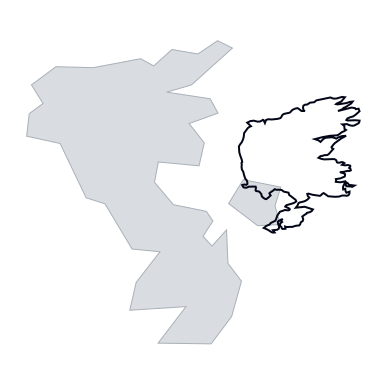 Ireland highlighted among its neighbors, rotated 181°
{"feature_id": "IRL", "entity_name": "Ireland", "entity_type": "country or territory", "adm_level": 0, "iso_a3": "IRL", "parent_name": "Europe", "parent_adm1": "", "projection": "natural_earth1", "projection_center": [-8.443, 53.42], "detail": "fine", "context": "with_neighbors", "style": "outline", "palette": "ink", "viewbox_px": 384, "rotation_deg": 181, "n_neighbors": 1, "source": "natural_earth", "source_scale": "50m", "svg_char_len": 4376}
<svg xmlns="http://www.w3.org/2000/svg" viewBox="0 0 384 384"><g transform="rotate(181 192 192)"><path d="M140.9,205.2L103.3,198.4L108.8,179.7L103.1,161.0L125.8,159.5L155.2,181.1L140.9,205.2ZM226.2,221.4L229.7,201.1L210.4,179.0L177.3,172.9L170.6,163.4L180.2,147.9L171.1,138.3L156.8,154.7L154.8,121.3L141.0,103.7L150.2,68.2L170.3,40.5L223.3,40.3L196.0,77.3L252.2,72.7L246.2,100.7L223.0,131.7L250.9,133.9L278.8,178.7L297.7,184.3L324.7,238.2L358.3,244.9L356.1,267.5L342.5,277.9L354.4,296.3L330.2,314.9L292.9,314.6L245.7,324.4L232.5,317.4L214.5,334.1L188.5,330.1L169.1,343.7L154.1,336.6L194.4,299.1L219.1,291.4L175.4,285.5L167.4,271.3L196.1,260.4L180.6,241.3L185.4,218.3L226.2,221.4Z" fill="#d9dde1" stroke="#a8b0b8" stroke-width="1"/><path d="M112.7,162.4L108.4,164.6L107.8,165.4L106.6,168.9L106.4,169.8L105.1,171.7L103.8,173.7L102.2,174.4L100.0,175.1L98.7,175.7L97.1,175.4L95.0,175.4L94.0,176.1L94.0,176.6L94.6,177.2L96.4,178.1L98.5,179.0L98.2,179.7L97.2,180.5L90.4,182.6L88.3,183.8L87.6,184.6L88.3,186.0L93.8,190.1L94.7,190.6L95.5,193.0L100.3,194.0L102.3,195.5L104.0,195.8L107.7,195.7L109.2,196.3L110.0,195.8L110.5,195.1L113.6,193.0L114.6,192.1L114.0,190.9L113.3,190.0L115.2,188.1L117.5,186.2L118.6,186.3L120.6,187.4L122.2,189.0L122.4,190.2L122.7,191.1L124.2,193.0L125.2,193.7L127.9,194.1L128.5,194.8L128.1,197.6L128.5,198.5L131.2,198.5L134.2,198.3L135.2,198.4L136.3,197.8L137.9,197.2L140.2,197.4L141.4,198.6L141.9,199.9L139.9,200.4L137.8,200.1L136.8,201.0L136.8,202.6L137.5,204.7L138.9,206.1L140.1,209.4L141.1,213.1L142.5,215.4L142.9,218.1L142.7,219.5L143.0,221.9L142.3,222.8L142.8,225.1L144.6,229.8L145.4,232.5L145.9,238.3L144.8,240.4L143.2,242.5L142.1,244.9L141.3,247.6L140.9,251.8L137.4,256.8L135.9,258.0L134.2,258.8L138.0,262.3L134.9,263.9L131.5,264.4L127.7,263.5L125.4,263.6L123.3,264.7L122.4,265.4L121.7,265.1L120.3,262.2L119.3,265.2L117.1,266.1L113.4,265.9L107.2,266.7L104.8,267.5L103.8,268.9L103.1,270.4L102.1,271.3L101.0,271.8L96.2,272.9L95.3,273.3L93.1,275.8L90.2,277.2L87.8,277.7L85.6,276.2L84.7,275.4L83.7,274.9L80.4,275.0L81.5,275.4L82.1,276.4L82.5,278.4L82.1,280.3L80.5,281.3L78.5,281.4L75.5,283.4L71.4,283.9L69.2,285.8L55.8,288.8L55.0,288.9L53.2,288.1L51.2,287.8L49.2,288.0L43.6,289.7L40.8,289.4L44.3,285.1L49.0,282.9L49.5,282.4L48.0,282.1L39.1,283.6L36.0,284.8L33.0,285.2L34.4,283.3L38.4,280.6L40.5,279.3L41.8,278.8L43.3,277.3L47.5,275.5L34.0,279.2L30.5,278.7L29.7,277.7L26.9,278.2L25.9,275.7L30.0,271.9L32.4,270.3L35.2,269.5L37.9,268.2L38.9,266.7L37.7,266.2L29.6,266.6L25.7,266.3L25.9,265.0L26.6,263.7L30.7,261.4L32.8,261.0L34.8,261.3L36.7,261.9L38.2,262.6L42.8,262.2L40.9,260.7L40.6,257.7L39.1,256.7L41.0,255.4L43.1,254.5L46.7,251.7L48.0,251.2L55.0,250.6L62.6,249.1L70.1,247.0L66.3,245.8L64.4,244.3L61.5,247.4L59.3,248.6L53.3,249.2L51.4,248.9L48.7,247.9L47.9,248.3L47.1,249.0L43.1,250.5L38.9,250.9L43.8,248.1L50.0,243.4L51.4,241.9L53.3,239.3L52.7,238.2L51.5,237.5L56.0,232.2L57.5,231.3L60.4,231.1L62.5,230.3L63.4,230.3L64.3,230.0L66.1,228.4L63.3,227.4L60.4,226.9L51.3,227.4L50.1,227.3L49.0,226.8L48.2,226.1L47.7,224.3L47.0,223.9L45.0,223.9L43.0,224.5L41.6,224.4L40.2,223.6L42.4,221.8L39.6,221.3L36.7,221.7L34.3,221.1L34.2,220.0L35.3,218.8L33.9,217.8L33.6,216.4L35.2,215.7L36.8,215.9L40.2,214.9L44.5,214.4L40.8,213.4L39.3,212.5L39.3,211.2L39.6,210.1L43.9,208.2L48.4,207.4L48.1,206.1L48.4,204.7L43.8,204.3L39.3,205.3L39.8,202.7L40.9,200.4L41.1,198.8L40.9,197.2L38.8,197.9L38.5,195.6L37.6,194.0L34.5,195.1L34.6,193.0L35.5,191.5L37.2,190.9L38.8,191.1L41.8,191.1L44.8,190.0L49.0,189.7L55.7,190.1L60.3,193.2L61.5,192.6L63.4,190.7L64.2,190.4L71.2,191.3L75.5,192.4L76.7,192.1L76.1,189.9L74.6,188.4L76.5,186.4L78.7,185.0L80.3,184.4L83.8,183.5L85.3,182.8L86.3,180.2L87.9,178.1L79.1,179.2L70.8,176.7L72.1,174.9L73.9,173.9L76.9,173.1L77.2,172.2L78.7,171.4L81.3,169.4L80.3,166.8L80.8,164.9L82.7,163.6L83.2,161.8L84.1,160.5L87.8,160.0L91.3,158.8L92.6,158.9L96.8,158.6L98.3,159.1L97.9,156.9L100.5,156.6L101.5,157.1L102.0,158.6L103.2,159.6L103.5,161.3L102.7,162.6L101.4,163.6L102.6,164.7L100.8,166.6L102.8,165.8L105.7,163.9L105.5,162.4L105.0,160.5L104.2,158.8L104.6,156.9L106.2,155.7L110.4,155.2L108.7,153.0L110.2,152.8L111.9,153.3L114.4,154.9L116.9,156.2L119.6,157.3L117.1,159.4L113.9,160.8L112.7,162.4ZM38.4,203.6L38.2,204.6L36.2,203.3L35.2,201.9L29.7,201.3L32.0,199.9L33.1,200.3L37.1,200.4L38.2,201.0L38.4,203.6Z" fill="none" stroke="#020617" stroke-width="2"/></g></svg>